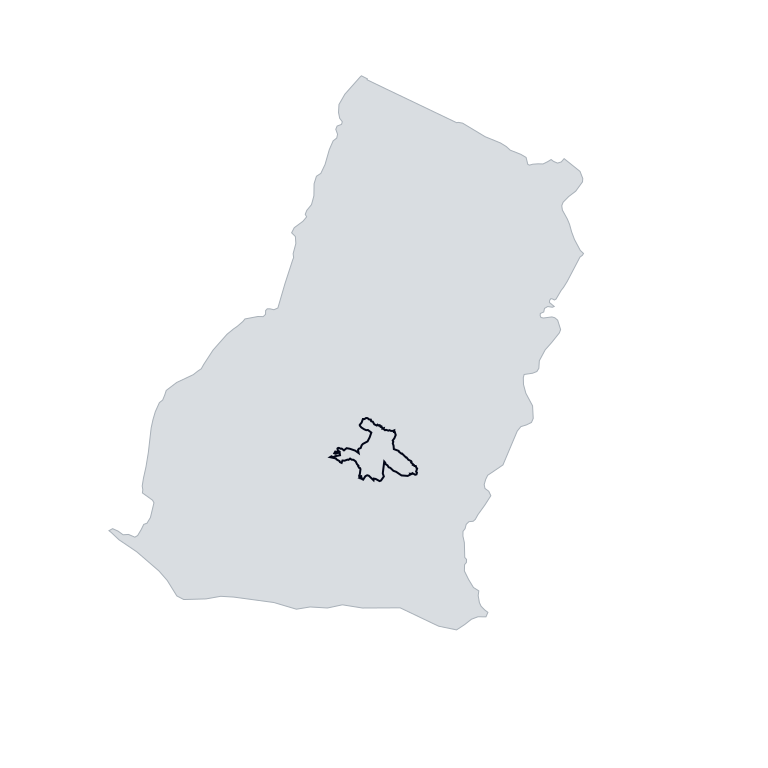 Sekyere Afram Plains North, Ashanti, Ghana (highlighted), rotated 26°
{"feature_id": "2480657B37542209080123", "entity_name": "Sekyere Afram Plains North", "entity_type": "district", "adm_level": 2, "iso_a3": "GHA", "parent_name": "Ghana", "parent_adm1": "Ashanti", "projection": "orthographic", "projection_center": [-0.752, 7.211], "detail": "medium", "context": "in_parent", "style": "outline", "palette": "ink", "viewbox_px": 768, "rotation_deg": 26, "n_neighbors": 0, "source": "geoboundaries", "source_scale": "gbopen_adm2", "svg_char_len": 4583}
<svg xmlns="http://www.w3.org/2000/svg" viewBox="0 0 768 768"><g transform="rotate(26 384 384)"><path d="M467.0,107.0L472.6,112.2L473.8,115.3L471.8,126.6L467.8,134.6L465.3,142.1L465.6,145.8L468.1,149.5L476.5,155.4L480.8,159.2L485.9,165.0L491.8,170.6L501.9,177.9L506.1,179.2L505.9,181.3L504.5,184.1L503.7,211.5L503.0,218.5L502.2,222.1L501.4,232.3L500.3,233.8L498.4,233.7L496.6,234.1L496.2,236.1L496.9,238.2L503.0,239.7L501.7,241.2L497.2,242.6L495.1,245.7L496.0,249.2L493.6,252.1L494.3,254.0L495.9,255.4L498.4,254.8L505.5,250.1L508.5,249.6L512.1,250.5L518.9,257.7L519.2,261.2L516.5,273.3L513.9,282.6L513.4,295.0L516.3,302.0L515.9,305.8L512.8,309.2L505.8,314.0L506.4,317.2L509.6,323.3L515.5,330.1L527.1,338.5L533.2,349.5L533.4,353.9L529.9,358.4L525.7,362.3L524.4,367.9L526.4,404.6L517.2,420.6L517.2,425.1L518.1,430.4L520.5,433.6L525.2,434.5L529.0,437.6L527.7,448.7L525.7,460.2L525.4,465.7L524.3,468.3L520.7,470.5L519.4,474.1L520.3,478.5L519.6,481.8L521.6,486.1L525.8,491.4L532.6,504.5L535.1,505.5L536.3,508.3L535.6,511.0L538.2,516.8L545.7,522.6L553.6,527.7L559.9,528.4L561.4,532.9L565.6,538.7L568.7,541.2L573.5,542.9L577.5,543.7L577.7,548.6L570.5,552.0L565.7,557.1L562.0,564.8L557.0,573.2L539.4,577.7L532.7,577.8L496.6,578.1L462.8,594.8L443.4,600.7L431.4,610.1L415.3,616.8L404.0,624.8L380.7,628.7L342.3,641.4L330.3,646.4L318.2,655.2L298.5,665.5L290.7,665.3L275.3,655.6L263.7,650.7L235.3,643.2L214.1,640.2L203.9,637.0L201.1,636.4L203.5,633.0L209.4,632.8L215.6,633.9L220.3,631.2L227.2,630.9L229.0,628.2L229.6,621.2L229.6,615.5L232.0,613.0L232.6,606.4L229.3,591.6L226.9,589.9L214.6,587.8L213.6,584.8L211.4,581.7L209.1,574.1L206.4,562.8L202.2,548.8L194.0,525.6L192.0,517.4L190.6,509.1L190.3,499.2L192.1,495.5L191.8,490.3L191.1,485.2L197.0,473.5L208.5,459.2L211.0,454.0L213.1,450.4L213.4,445.2L215.5,428.4L221.1,408.1L224.6,400.5L226.9,396.4L229.8,389.6L230.5,386.5L241.1,378.6L245.9,376.4L247.0,373.3L245.4,369.9L246.1,367.6L248.6,366.4L252.5,365.5L255.3,362.2L251.0,337.2L247.5,312.3L247.4,310.1L245.2,306.7L243.2,296.4L239.7,290.3L234.7,288.6L234.8,282.9L239.8,273.3L241.2,267.7L238.8,266.0L238.5,261.7L240.2,254.6L239.4,250.2L238.5,245.6L233.4,234.7L232.2,226.9L234.9,222.4L234.8,212.6L232.1,197.3L231.7,187.7L233.7,183.7L232.8,179.9L229.0,176.2L228.8,172.7L232.0,169.3L231.6,166.6L227.7,164.6L224.1,159.9L221.0,152.5L221.8,140.6L227.9,118.7L228.6,116.9L235.3,117.0L235.4,118.0L256.3,117.9L280.2,117.7L308.8,117.5L334.8,117.3L336.0,116.3L340.3,115.1L366.5,117.4L383.0,116.3L389.9,117.0L395.0,118.5L406.3,117.6L412.4,118.1L417.0,123.6L418.8,123.5L421.4,121.2L425.9,118.6L430.5,116.5L433.8,112.2L435.8,109.0L438.8,109.6L443.1,109.4L446.0,106.7L447.1,102.5L467.0,107.0Z" fill="#d9dde1" stroke="#a8b0b8" stroke-width="1"/><path d="M369.7,468.1L371.2,467.9L372.1,466.6L374.3,465.2L375.7,467.3L371.9,470.2L370.3,472.1L368.5,472.0L367.6,473.4L373.5,472.0L374.4,472.6L377.8,472.8L378.6,473.5L380.5,473.5L380.2,471.0L382.2,470.2L384.3,468.0L385.4,467.7L386.2,465.9L388.1,466.2L389.8,465.5L392.5,466.0L394.9,467.9L396.8,468.6L396.8,469.2L398.5,470.3L399.4,470.1L400.2,470.9L401.8,475.6L401.9,477.5L402.2,477.8L403.2,477.2L403.0,478.8L403.5,478.5L403.9,479.2L404.4,479.1L404.7,477.8L406.0,479.1L407.2,479.1L407.7,475.0L408.9,473.4L410.6,473.1L416.8,475.1L416.3,473.5L418.1,473.0L422.6,473.2L423.6,472.1L424.4,467.2L422.1,464.9L418.2,453.6L419.6,454.2L420.5,455.3L422.8,455.6L424.7,456.8L426.4,456.6L430.5,457.9L433.4,457.6L439.8,458.5L445.6,456.2L447.5,453.7L446.9,453.2L448.5,452.6L448.6,451.7L451.8,451.9L452.8,451.0L452.5,449.3L451.3,448.7L450.8,445.4L449.9,445.2L448.5,443.8L447.3,444.4L446.5,443.7L445.3,444.1L444.9,443.2L442.8,442.7L442.7,441.7L442.1,441.4L439.1,441.4L436.4,440.1L436.0,440.4L430.7,438.6L430.3,439.0L427.1,438.3L426.5,437.7L421.4,438.2L419.6,435.2L417.9,433.5L417.7,431.9L416.6,431.0L417.1,428.2L416.9,424.7L414.6,422.3L414.0,422.7L413.5,421.2L412.5,422.3L410.8,423.1L409.2,423.1L408.4,424.0L405.9,424.3L405.2,425.1L403.2,424.6L403.1,423.9L402.1,424.9L401.4,423.8L400.0,424.0L399.9,423.2L398.3,423.6L398.0,423.0L397.2,423.6L396.0,423.4L395.7,424.5L392.9,424.5L390.5,422.8L388.8,423.1L387.8,421.8L386.2,422.4L384.2,421.9L382.8,422.4L381.8,424.1L380.4,424.7L380.8,428.5L380.1,431.3L380.5,432.0L382.7,433.0L386.0,433.4L388.3,433.3L389.7,432.4L393.9,433.2L394.5,438.2L394.4,442.8L391.3,447.1L390.8,448.8L391.1,451.8L389.7,453.3L389.6,454.7L391.5,457.2L387.3,456.5L381.6,457.2L378.5,458.1L377.1,461.2L374.3,460.6L373.4,461.2L371.4,461.2L370.5,462.0L370.5,462.6L372.0,464.1L372.8,464.2L371.5,465.5L369.8,466.1L369.7,468.1Z" fill="none" stroke="#020617" stroke-width="2"/></g></svg>